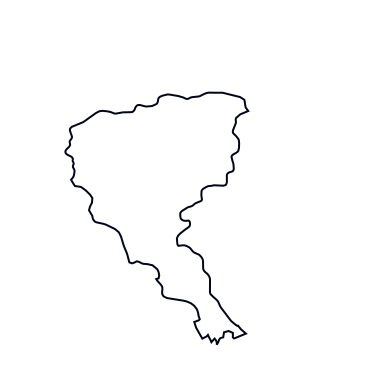 an SVG outline of Chon Buri, rotated 311°
{"feature_id": "THA-430", "entity_name": "Chon Buri", "entity_type": "Province", "adm_level": 1, "iso_a3": "THA", "parent_name": "Thailand", "parent_adm1": "", "projection": "robinson", "projection_center": [101.175, 13.094], "detail": "fine", "context": "isolated", "style": "outline", "palette": "ink", "viewbox_px": 384, "rotation_deg": 311, "n_neighbors": 0, "source": "natural_earth", "source_scale": "10m", "svg_char_len": 3955}
<svg xmlns="http://www.w3.org/2000/svg" viewBox="0 0 384 384"><g transform="rotate(311 192 192)"><path d="M121.3,314.4L121.3,314.5L120.5,319.1L120.5,325.6L109.1,319.9L109.1,318.2L112.5,315.3L111.1,310.8L107.1,308.2L102.8,310.9L100.2,309.2L98.2,309.4L96.0,310.3L93.0,310.9L94.1,310.0L95.1,308.8L95.8,307.3L96.2,305.2L91.4,305.2L92.2,303.6L93.8,299.5L94.6,297.8L92.6,297.8L88.1,296.0L92.3,284.1L95.4,279.0L99.6,281.3L101.1,281.3L102.7,278.4L104.8,275.9L106.6,272.9L107.6,268.3L107.3,264.1L106.1,260.3L104.4,256.9L95.5,242.6L94.6,239.0L95.4,236.5L97.1,234.9L99.2,233.5L101.1,231.4L101.6,229.3L102.2,224.4L102.8,222.1L104.9,223.4L107.4,222.1L109.6,219.4L110.9,216.6L110.8,210.3L108.4,205.8L105.6,202.0L104.3,197.3L103.3,195.7L101.1,194.9L98.9,193.7L97.8,190.9L102.8,183.5L106.7,175.7L111.7,167.8L113.6,163.3L113.5,158.1L110.9,148.4L109.8,145.9L106.6,140.1L105.9,138.2L106.4,135.4L107.5,133.7L108.6,132.4L110.6,126.3L114.1,124.6L118.4,123.5L122.1,120.7L123.1,116.9L123.5,110.7L123.0,104.9L119.7,99.7L121.5,93.8L122.0,92.7L124.6,92.7L126.5,92.2L128.2,91.3L130.8,89.6L131.3,88.9L131.8,88.2L132.4,86.4L132.8,85.6L133.5,85.1L135.2,84.4L135.8,84.1L136.3,83.5L136.5,83.0L136.6,82.8L136.7,82.6L136.8,82.3L137.1,81.6L137.7,81.1L138.4,80.7L139.0,80.1L139.3,79.3L139.5,78.3L139.4,77.3L138.4,73.6L138.3,72.6L138.4,71.6L138.7,70.7L139.2,70.1L139.9,69.7L140.8,69.4L141.7,69.3L145.7,69.6L146.6,69.4L147.5,69.2L148.1,68.6L149.1,67.3L149.7,66.7L150.5,66.3L153.4,66.0L154.2,65.7L154.9,65.3L155.8,63.9L157.0,61.6L158.4,59.4L159.0,58.9L159.8,58.5L160.8,58.4L161.7,58.5L162.7,58.7L173.5,64.1L188.2,67.6L191.8,68.9L193.1,69.9L194.6,71.3L197.1,74.8L198.2,76.7L199.0,78.2L200.2,81.6L200.8,82.6L201.3,83.2L206.8,87.6L212.6,94.0L213.5,94.6L215.1,94.8L216.2,94.7L217.2,94.4L218.0,94.0L218.9,93.8L219.8,93.7L220.8,93.7L221.7,93.9L222.6,94.6L223.5,95.6L225.8,100.3L226.5,101.4L230.6,105.4L233.5,106.8L235.4,107.5L236.5,107.4L237.4,107.1L238.1,106.7L239.6,105.8L240.3,105.4L241.1,105.2L242.0,105.2L242.9,105.4L244.3,106.0L245.3,106.5L249.4,109.4L250.6,110.8L255.5,118.8L257.6,123.4L258.1,125.3L258.4,126.2L258.9,127.1L259.7,127.9L262.4,129.0L263.6,129.8L268.3,134.2L269.4,135.0L274.3,137.0L276.5,138.3L277.8,139.3L287.0,150.0L295.2,166.0L295.9,171.1L291.0,177.0L290.0,181.3L282.3,177.5L276.9,176.7L275.8,177.1L273.4,179.4L272.7,179.9L265.6,182.4L264.2,183.3L263.4,184.5L263.1,188.9L262.5,192.0L262.1,192.9L261.2,194.1L259.7,195.6L256.4,198.3L254.6,199.4L253.2,200.0L252.2,200.0L250.4,199.6L247.6,198.5L246.0,198.3L245.1,198.4L244.5,198.7L244.1,199.2L241.7,202.6L241.4,203.3L240.2,205.0L237.2,208.1L235.9,208.9L234.6,209.1L233.7,208.8L231.2,207.2L229.4,206.7L228.4,206.9L227.5,207.3L222.3,211.9L220.8,212.6L219.5,212.8L218.7,212.5L217.3,211.5L211.6,204.3L210.3,203.3L209.6,202.8L207.2,200.5L206.5,200.1L204.7,199.3L201.4,198.3L200.2,198.3L199.1,198.5L196.5,200.5L195.2,201.7L193.9,203.3L192.9,204.4L191.9,204.8L191.0,204.7L186.4,202.3L185.5,202.0L184.4,201.7L183.0,201.6L181.9,201.3L181.0,201.0L177.5,198.8L170.8,196.8L169.7,196.8L168.5,197.0L167.2,197.9L165.5,199.7L165.0,200.4L164.6,201.1L164.5,202.1L164.5,203.2L164.8,204.1L165.2,204.9L166.2,206.3L166.8,206.9L168.0,207.9L168.3,208.8L168.0,209.9L166.5,211.6L165.4,212.3L164.3,212.6L163.4,212.5L161.5,212.1L159.7,211.6L152.8,210.3L149.7,210.2L148.0,210.7L146.8,211.3L143.5,214.7L142.9,215.5L142.5,216.3L142.5,217.0L142.6,217.3L143.3,217.8L145.6,219.9L146.7,221.2L147.5,222.8L147.8,223.6L148.2,225.5L148.4,226.5L148.4,227.5L147.7,231.6L147.7,232.8L147.8,233.8L148.1,234.7L149.0,237.3L149.2,238.2L149.3,239.2L149.1,241.3L148.6,243.3L147.9,244.6L146.7,246.0L141.7,250.5L141.2,251.1L140.8,251.9L140.4,252.8L140.3,253.8L140.2,254.9L140.3,257.0L140.0,259.1L139.7,260.0L139.3,260.9L138.4,262.3L137.9,262.9L128.6,270.9L128.0,271.5L127.5,272.2L127.1,273.0L127.0,274.0L126.8,276.4L126.8,279.8L126.7,282.1L126.3,283.9L124.3,288.1L123.7,289.9L120.3,306.2L120.4,311.8L120.7,314.0L121.3,314.4Z" fill="none" stroke="#020617" stroke-width="2"/></g></svg>